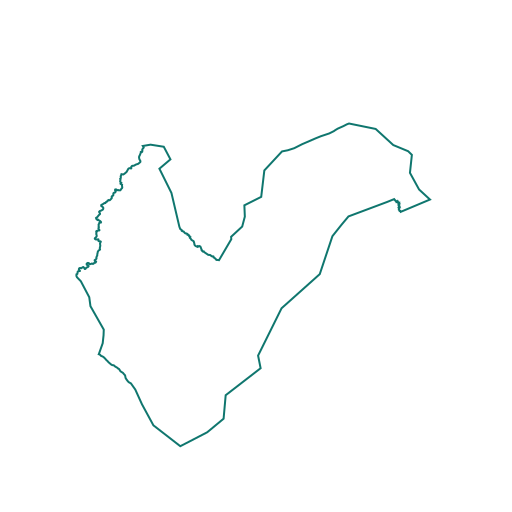 the district of Xerlen, Hentiy, Mongolia, rotated 157°
{"feature_id": "93677404B8842524525431", "entity_name": "Xerlen", "entity_type": "district", "adm_level": 2, "iso_a3": "MNG", "parent_name": "Mongolia", "parent_adm1": "Hentiy", "projection": "orthographic", "projection_center": [110.645, 47.634], "detail": "fine", "context": "isolated", "style": "outline", "palette": "teal", "viewbox_px": 512, "rotation_deg": 157, "n_neighbors": 0, "source": "geoboundaries", "source_scale": "gbopen_adm2", "svg_char_len": 6003}
<svg xmlns="http://www.w3.org/2000/svg" viewBox="0 0 512 512"><g transform="rotate(157 256 256)"><path d="M400.0,110.5L369.8,112.8L349.4,118.9L338.3,139.7L295.6,150.9L293.0,163.5L252.9,197.9L204.4,214.4L177.9,244.4L165.0,251.4L155.4,256.3L113.9,254.5L106.7,254.4L106.7,253.9L106.4,253.8L106.3,253.6L106.3,253.1L106.0,252.6L106.0,252.1L105.5,251.8L105.4,251.7L105.5,251.2L105.7,250.8L105.7,250.7L105.3,250.6L104.9,250.8L104.8,250.6L104.6,250.6L104.4,251.0L104.2,251.1L104.1,250.2L104.0,249.9L104.3,249.7L104.4,249.1L104.1,249.0L103.7,249.4L103.3,249.2L103.8,248.5L103.8,247.8L104.6,247.7L104.9,247.4L104.9,247.2L104.4,247.2L104.7,246.9L104.6,246.5L105.0,246.5L105.1,246.4L105.1,246.2L105.0,245.5L104.7,245.2L105.0,244.9L104.9,244.5L105.9,244.6L105.9,244.4L105.8,244.0L105.8,243.8L106.4,242.9L106.2,242.6L106.3,241.6L106.2,241.3L106.0,241.2L105.5,241.1L105.5,240.7L105.3,240.4L105.4,240.1L73.8,240.0L79.9,253.5L81.8,272.4L73.0,288.2L75.0,293.0L86.3,304.5L96.2,326.2L118.6,341.6L121.0,341.7L124.8,341.4L131.0,341.3L133.8,340.9L135.6,340.5L140.8,340.2L149.4,340.9L155.0,341.0L169.7,340.9L178.7,340.3L185.4,340.9L191.2,342.1L214.9,331.5L228.1,308.4L246.9,307.2L250.9,296.6L257.2,288.5L271.4,283.4L272.2,281.1L291.7,266.6L292.7,267.3L293.6,267.6L294.1,268.1L294.1,268.7L294.4,269.1L294.6,269.9L295.6,271.3L295.5,271.6L295.4,271.8L295.3,272.1L295.4,272.3L296.8,273.0L297.1,273.4L297.2,273.8L297.9,274.9L299.5,275.7L301.9,279.4L302.3,280.3L302.3,280.5L302.9,280.6L303.2,280.9L303.2,281.5L303.6,281.8L303.5,282.5L303.8,282.9L303.6,283.2L303.5,285.6L303.5,286.4L303.7,286.7L304.4,287.4L305.0,287.2L305.4,287.2L305.6,287.7L305.7,287.8L306.1,287.4L306.3,287.3L307.7,288.8L308.1,289.7L308.2,290.3L308.1,291.0L307.8,291.9L307.8,292.8L307.6,293.6L307.7,294.1L309.1,296.0L309.2,296.7L309.4,297.7L309.8,298.6L309.7,298.8L309.1,299.2L309.3,299.5L309.4,300.3L309.6,300.2L309.8,300.3L309.8,300.9L310.0,302.1L310.8,302.3L310.8,302.5L310.7,303.1L310.7,303.3L310.9,303.4L311.2,303.9L311.6,304.1L311.9,304.2L312.3,304.6L312.8,305.8L313.0,306.7L313.1,306.9L313.5,307.1L314.0,307.6L314.1,308.2L314.5,308.3L314.4,309.2L315.2,310.5L315.1,312.9L309.2,347.1L310.8,374.1L297.0,378.4L298.2,392.6L309.6,399.7L317.2,401.5L317.0,400.0L317.0,399.7L317.8,399.2L318.2,399.1L318.8,398.7L319.2,398.3L319.5,397.1L319.9,396.8L320.1,396.4L320.4,396.3L321.0,396.8L321.4,396.8L321.8,396.0L322.2,395.5L322.7,395.1L323.4,394.3L324.0,393.9L325.0,392.8L325.1,392.5L325.5,391.0L325.5,390.3L325.3,388.8L325.5,388.1L325.8,387.7L328.3,386.9L328.7,386.9L330.8,387.1L333.2,386.8L334.4,387.3L335.1,387.3L336.0,386.8L336.2,386.4L336.3,385.9L336.4,385.6L336.8,385.4L338.2,386.3L338.9,386.3L339.4,386.2L341.7,384.4L342.4,383.9L345.0,383.1L346.4,382.9L346.7,383.1L347.8,383.9L348.0,383.9L348.3,383.3L348.7,382.9L349.0,382.5L349.4,382.3L349.6,381.4L349.9,380.8L350.2,380.4L350.7,380.2L350.9,380.1L350.9,379.8L350.9,379.2L351.9,377.8L351.9,377.1L351.7,376.4L351.5,376.2L352.5,375.5L352.5,375.3L351.5,374.2L351.4,374.0L351.8,373.4L352.3,371.4L352.6,371.0L353.0,370.7L353.5,370.6L354.2,370.1L355.2,369.5L356.7,370.1L357.1,370.6L358.1,370.8L358.2,371.0L358.5,371.6L358.7,371.9L358.9,372.1L359.7,372.2L359.9,371.9L360.0,371.7L360.1,371.3L360.0,370.2L360.2,369.9L361.1,369.5L362.2,369.7L362.6,369.5L362.8,369.4L363.6,367.7L363.8,367.5L364.3,367.5L365.3,367.3L365.6,367.1L365.9,366.5L365.9,366.1L366.1,365.7L366.8,365.3L368.7,364.5L369.0,364.5L369.8,365.1L370.0,365.0L370.3,364.8L370.9,365.0L371.8,364.3L373.2,364.2L373.6,363.8L374.0,363.6L374.3,363.7L374.9,364.0L375.7,363.7L378.5,363.4L378.8,362.9L378.9,362.5L377.9,360.9L377.8,360.4L377.8,359.8L378.3,359.0L378.8,358.6L380.6,358.3L382.2,358.4L382.7,358.2L383.1,358.0L383.2,357.7L383.0,356.4L383.0,356.1L383.2,355.6L383.9,355.3L384.8,355.0L386.4,354.1L387.0,353.8L388.2,353.6L388.4,353.5L388.4,353.0L388.5,352.5L388.4,352.3L388.3,352.2L388.1,351.9L388.0,351.3L387.8,351.1L387.5,351.3L387.3,351.3L386.9,350.5L385.7,348.9L385.4,347.9L385.4,347.7L385.5,347.6L385.8,347.4L386.6,348.0L387.1,347.9L387.4,347.6L387.7,347.1L388.5,346.6L388.7,346.3L388.8,345.7L389.3,344.9L389.3,344.0L390.1,343.3L390.2,343.0L390.3,342.8L390.2,342.3L390.0,341.3L390.0,341.0L390.1,340.9L390.5,340.8L391.0,341.1L391.6,341.2L392.2,341.0L392.5,341.1L392.8,341.3L393.3,341.2L393.5,341.0L393.7,340.5L393.7,339.7L394.3,339.0L394.5,338.5L394.5,337.8L394.7,337.0L394.9,336.5L395.4,336.1L396.2,335.7L397.2,335.4L397.5,335.2L397.6,334.7L397.1,333.9L396.6,333.6L394.6,332.9L394.6,332.7L395.1,331.7L395.1,331.4L394.8,331.0L393.4,330.2L393.3,329.8L393.7,329.4L394.6,328.6L394.8,328.2L395.3,326.3L396.8,324.2L397.0,323.0L397.5,322.7L398.7,322.6L400.0,321.7L400.8,320.4L401.2,320.0L402.0,318.4L402.6,318.0L403.5,317.1L403.6,316.5L403.9,315.9L404.5,315.6L406.1,315.2L406.3,314.8L406.2,314.1L405.4,313.4L405.4,313.2L406.4,312.6L407.1,312.9L407.5,312.9L408.3,312.5L409.2,312.4L409.7,313.0L410.1,313.2L411.3,313.2L411.8,313.3L412.3,313.7L412.6,314.6L412.9,315.0L413.4,315.3L413.8,315.4L414.3,315.3L415.0,314.9L415.2,314.2L415.0,313.8L414.2,313.0L414.0,312.6L414.0,312.3L414.2,311.9L415.2,311.5L416.3,311.6L416.9,311.5L417.8,310.9L418.3,310.8L418.7,311.0L418.9,312.6L419.3,313.3L419.9,313.4L421.7,313.0L421.9,313.1L422.5,313.7L423.3,313.8L423.8,313.5L424.1,313.2L424.3,312.8L424.2,312.3L423.9,311.1L424.0,311.0L425.1,311.3L425.9,311.4L426.2,311.3L426.9,310.2L427.3,309.5L427.5,309.3L428.4,309.3L429.1,307.9L429.1,306.4L427.1,301.2L425.6,283.2L428.0,274.5L424.9,247.7L427.3,242.6L431.2,235.6L439.0,227.1L438.8,227.0L438.7,226.6L438.2,226.1L438.0,225.7L437.7,224.7L437.5,224.4L436.6,223.6L435.8,222.5L435.0,220.6L434.3,218.4L433.8,217.5L433.3,215.9L431.6,212.5L430.9,211.7L430.0,211.2L429.6,210.9L428.9,209.4L427.2,207.1L426.9,206.2L426.2,205.4L426.1,204.8L425.9,203.4L425.8,202.9L425.4,202.2L424.2,200.5L424.0,199.9L423.6,198.5L423.2,197.5L423.2,197.0L423.7,194.7L423.6,194.0L423.5,193.6L423.5,193.0L423.3,192.6L423.2,191.8L422.7,190.2L422.4,189.5L420.9,187.6L419.3,180.2L418.9,164.0L416.6,140.2L400.0,110.5Z" fill="none" stroke="#0f766e" stroke-width="2"/></g></svg>